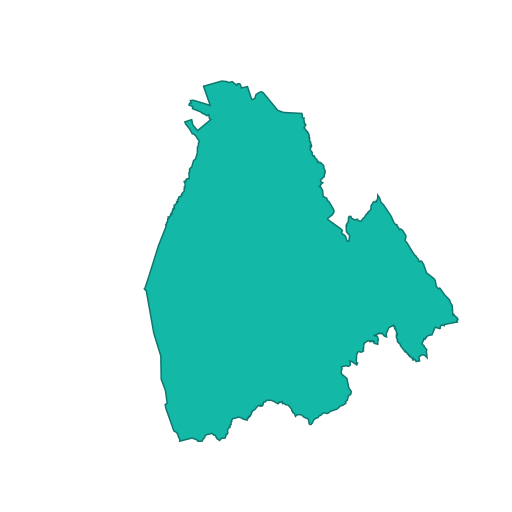 outline of Chalchihuites, Zacatecas, Mexico, rotated 333°
{"feature_id": "50627088B3556575576263", "entity_name": "Chalchihuites", "entity_type": "district", "adm_level": 2, "iso_a3": "MEX", "parent_name": "Mexico", "parent_adm1": "Zacatecas", "projection": "equal_earth", "projection_center": [-103.86, 23.443], "detail": "fine", "context": "isolated", "style": "filled", "palette": "teal", "viewbox_px": 512, "rotation_deg": 333, "n_neighbors": 0, "source": "geoboundaries", "source_scale": "gbopen_adm2", "svg_char_len": 6154}
<svg xmlns="http://www.w3.org/2000/svg" viewBox="0 0 512 512"><g transform="rotate(333 256 256)"><path d="M104.0,386.4L116.2,389.1L119.7,392.7L120.2,394.8L124.0,396.5L125.3,395.4L128.1,394.3L129.0,393.0L131.8,392.8L133.1,393.5L135.4,393.7L136.1,394.0L137.1,396.3L138.2,397.0L138.3,401.0L139.9,403.9L142.2,402.8L145.8,404.2L147.5,402.7L148.1,401.4L149.2,401.8L150.2,401.3L151.9,397.9L153.6,396.9L155.3,396.7L155.3,395.3L157.4,394.8L158.3,392.5L159.3,392.4L159.8,391.3L161.2,390.4L167.6,391.8L169.8,393.9L170.3,395.3L173.6,398.2L174.3,396.7L175.2,397.1L176.3,396.6L176.6,395.5L177.9,396.2L180.5,394.3L180.9,393.4L183.6,392.3L185.2,392.4L189.6,390.3L190.6,390.5L191.5,391.8L192.1,392.0L192.6,391.2L193.3,392.4L194.1,392.3L196.5,389.7L198.3,390.2L200.1,389.3L204.0,391.5L206.0,393.7L208.4,397.6L209.3,397.6L210.2,396.6L211.3,397.5L213.3,397.6L212.6,399.6L214.1,400.1L215.0,402.1L216.8,403.2L217.4,405.2L218.2,408.8L217.6,410.0L218.0,411.0L217.7,412.2L218.7,413.7L218.4,416.8L220.5,416.1L224.2,417.9L225.8,421.7L228.6,425.0L227.2,429.7L227.4,430.5L228.4,431.1L230.4,430.3L233.1,428.2L235.2,427.8L238.1,428.1L239.3,427.2L241.8,427.3L244.5,426.4L246.5,427.3L247.7,428.6L248.9,428.8L251.9,428.2L258.6,429.2L263.6,427.9L265.5,428.4L269.2,428.0L269.7,426.5L271.8,426.0L274.9,422.5L277.6,422.3L279.3,420.1L279.3,418.3L278.8,417.0L279.1,414.6L281.4,406.4L278.6,399.7L279.8,397.1L281.5,395.5L281.8,393.5L286.5,394.7L288.4,396.4L290.5,395.9L291.0,395.2L291.9,392.0L293.8,394.2L296.3,398.8L297.9,397.5L297.2,396.9L298.0,394.1L298.8,393.4L300.7,389.7L303.4,387.7L304.2,387.8L306.1,389.5L308.8,389.4L309.1,387.7L309.9,387.3L311.7,383.8L312.7,383.4L312.7,382.8L317.3,382.3L318.2,382.7L318.4,384.0L319.3,384.2L319.8,383.7L320.5,385.0L322.1,384.7L322.5,385.7L321.6,386.4L321.7,387.5L324.4,389.9L325.7,387.3L326.9,386.4L327.6,383.0L327.1,381.8L325.5,381.0L325.3,380.4L329.7,380.9L330.2,380.3L331.2,380.9L331.4,381.7L333.3,382.2L334.0,385.6L335.6,387.3L336.4,384.7L341.7,380.2L347.2,380.1L346.7,381.3L347.7,382.3L346.5,383.7L347.4,384.6L346.8,385.0L346.9,387.5L346.3,388.3L346.6,390.0L345.8,390.5L345.5,389.8L344.5,391.3L343.9,393.4L344.2,394.4L343.3,396.0L343.6,396.8L343.3,397.2L344.4,400.2L344.0,401.4L345.3,408.7L345.9,408.8L345.7,409.7L346.2,409.8L346.8,411.0L346.4,412.0L347.1,412.5L346.9,413.6L347.4,413.7L347.8,414.6L347.2,415.0L348.7,417.9L349.5,418.0L348.7,419.1L349.4,419.6L348.9,420.0L350.7,420.5L350.8,422.8L352.2,423.0L353.2,423.8L354.2,423.6L355.2,419.9L358.8,419.4L359.9,419.7L361.5,421.7L362.3,424.2L364.5,418.3L365.6,416.9L364.7,413.7L365.0,412.2L364.1,410.4L364.5,408.8L366.6,407.6L368.0,405.9L368.9,406.9L370.3,405.7L370.8,406.0L371.5,405.1L375.2,405.4L376.9,406.2L383.3,400.8L386.7,404.1L387.3,404.1L388.9,401.8L389.5,401.8L391.3,402.4L392.0,403.6L392.9,402.6L405.5,406.2L405.4,404.9L405.8,404.4L407.0,404.5L407.2,402.6L405.9,399.5L405.8,397.9L404.6,397.9L408.3,389.3L408.0,385.4L408.6,383.4L406.4,376.1L405.3,368.4L405.1,367.9L403.6,367.9L403.2,367.1L403.0,364.5L404.5,359.6L404.4,357.2L400.3,348.4L401.5,340.1L401.3,336.0L400.7,335.3L398.9,335.2L398.6,334.7L399.2,333.0L398.5,330.2L398.5,328.5L397.6,327.0L396.5,312.7L395.8,309.6L397.2,308.5L398.8,306.0L398.3,299.9L397.2,297.6L395.9,297.9L395.8,294.9L395.4,293.8L395.7,292.0L394.8,291.4L394.0,289.2L394.5,282.3L392.9,268.6L391.7,264.7L392.5,260.4L392.1,257.1L390.5,260.0L388.6,261.7L388.2,261.3L387.8,262.2L387.2,262.5L385.4,261.0L381.3,263.5L379.5,266.8L375.1,268.0L375.0,268.7L372.9,269.0L370.1,270.9L368.7,271.0L365.7,272.6L364.3,272.0L362.8,270.1L363.1,269.3L360.4,268.7L358.3,265.6L358.5,263.8L356.9,263.0L356.0,263.6L353.6,267.8L353.0,267.7L350.6,269.3L350.9,270.0L349.9,270.2L347.6,275.5L348.7,280.3L345.5,285.0L344.5,284.6L344.0,283.1L344.7,279.4L344.0,276.8L342.9,275.7L342.8,274.7L343.0,273.7L344.5,272.7L344.2,271.0L336.5,255.9L337.3,254.9L342.9,253.9L345.1,252.5L346.0,251.4L346.2,248.5L345.7,240.3L344.7,239.2L345.3,236.6L342.9,233.4L345.2,227.6L344.9,224.0L344.0,222.9L345.3,222.8L345.9,221.8L348.8,221.0L347.5,219.6L347.6,218.0L351.9,216.3L352.6,216.4L354.4,213.7L355.0,213.7L356.3,211.4L356.3,208.4L357.2,207.0L357.1,205.2L355.8,201.8L354.7,201.5L354.4,200.1L353.7,200.4L354.0,197.6L353.2,195.6L353.3,193.2L352.5,193.3L352.3,192.8L352.4,190.2L353.1,189.2L352.5,185.8L353.8,184.6L354.0,183.3L354.5,183.6L354.6,182.7L355.4,183.2L355.8,181.9L355.9,179.8L356.5,179.0L356.0,178.5L356.0,177.7L357.3,175.3L357.0,175.2L357.4,174.4L357.1,174.2L358.1,172.8L358.5,170.3L357.8,169.8L358.3,168.4L357.6,167.7L357.9,167.3L357.2,165.5L357.5,164.4L356.9,163.6L359.9,161.8L359.8,160.8L359.2,160.6L360.6,156.1L361.5,154.9L360.1,154.2L360.0,153.8L361.0,152.2L361.6,149.8L345.7,140.6L341.5,136.1L336.6,113.9L335.7,112.5L333.9,111.7L329.3,112.1L326.5,115.1L323.2,114.8L325.3,101.2L319.2,99.6L319.9,97.0L319.6,95.1L317.7,94.2L316.3,95.1L314.0,89.9L310.5,89.0L309.1,87.3L305.0,84.6L286.3,80.9L283.6,101.0L270.9,88.8L268.1,87.7L268.0,90.3L266.3,89.7L264.8,91.0L267.4,94.0L266.3,95.9L272.1,102.4L273.1,104.9L274.4,106.0L275.8,108.6L278.0,108.6L277.0,112.4L277.8,113.9L260.9,117.7L259.2,110.3L260.6,105.3L253.5,104.2L253.2,106.1L254.6,113.4L254.7,118.1L255.9,119.2L256.9,121.7L257.5,128.5L256.1,129.0L254.7,131.6L253.3,132.3L250.5,137.6L246.2,142.1L243.7,142.6L239.1,147.6L236.8,148.0L235.7,149.2L235.7,150.3L233.9,151.5L232.5,155.1L231.2,156.7L229.7,155.8L228.1,156.4L228.0,157.4L226.0,156.9L225.6,157.3L225.9,157.9L225.4,160.0L224.3,161.9L223.4,161.9L223.3,163.2L222.5,163.4L221.5,165.7L218.4,166.7L217.9,168.0L217.4,167.6L216.2,169.1L214.7,168.3L213.9,168.5L212.8,169.9L211.6,170.3L211.0,172.2L210.0,171.6L209.8,173.0L207.5,173.3L206.6,174.0L206.1,173.7L205.9,174.8L205.0,175.2L204.9,176.6L203.3,176.4L203.3,177.6L202.2,177.5L201.0,179.3L200.4,179.3L200.3,180.5L199.6,180.7L199.2,179.9L197.8,181.3L196.4,181.8L195.5,181.4L195.4,182.7L194.5,182.6L192.2,185.8L191.4,185.8L190.9,186.9L189.7,187.1L189.7,188.5L173.9,202.4L152.4,224.4L142.2,234.5L141.6,234.6L142.4,237.4L129.9,278.3L125.8,301.9L115.6,322.7L114.2,335.0L109.9,347.0L107.6,347.1L106.5,351.1L103.4,374.7L104.3,375.7L105.2,377.7L105.2,379.9L104.7,382.2L104.9,383.7L104.5,385.7L104.0,386.4Z" fill="#14b8a6" stroke="#0f766e" stroke-width="1.5"/></g></svg>